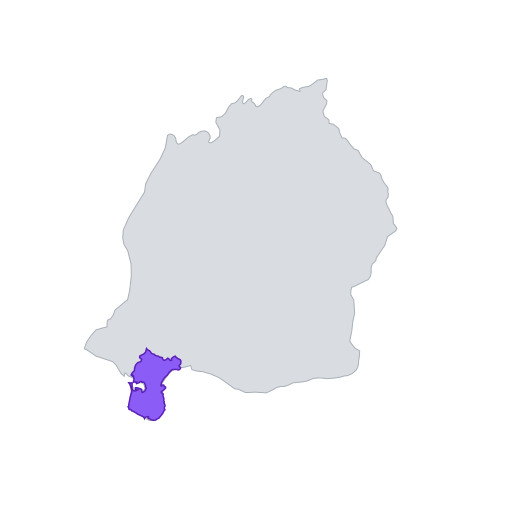 Tulcea highlighted on a map of Romania, rotated 110°
{"feature_id": "ROU-4847", "entity_name": "Tulcea", "entity_type": "County", "adm_level": 1, "iso_a3": "ROU", "parent_name": "Romania", "parent_adm1": "", "projection": "mercator", "projection_center": [28.807, 45.066], "detail": "fine", "context": "in_parent", "style": "filled", "palette": "violet", "viewbox_px": 512, "rotation_deg": 110, "n_neighbors": 0, "source": "natural_earth", "source_scale": "10m", "svg_char_len": 6583}
<svg xmlns="http://www.w3.org/2000/svg" viewBox="0 0 512 512"><g transform="rotate(110 256 256)"><path d="M386.8,288.7L391.1,294.6L396.5,297.8L409.0,301.1L410.1,300.7L410.2,300.1L409.3,299.2L409.2,298.1L409.8,296.7L411.5,296.7L414.4,297.9L419.7,296.1L427.6,291.4L434.9,290.4L441.5,293.2L445.0,296.5L447.1,299.6L446.5,303.4L446.0,305.8L444.3,315.7L443.1,319.3L441.1,323.4L420.6,328.3L421.9,326.0L421.4,321.8L420.5,318.7L422.5,315.9L417.8,314.9L415.8,316.4L414.2,319.1L415.6,325.3L413.4,328.7L412.5,330.7L412.4,335.2L411.1,337.1L410.8,339.2L414.1,338.7L412.6,342.6L406.5,350.0L404.3,354.5L404.8,372.0L402.1,382.5L401.9,385.6L395.3,385.7L393.4,385.4L387.2,383.8L380.2,381.1L376.2,375.7L373.6,371.8L367.7,373.6L366.5,373.1L364.9,371.2L360.5,370.0L355.0,370.0L342.7,362.9L341.3,361.7L331.7,362.9L317.2,366.4L306.2,370.7L294.8,378.4L290.1,384.2L284.8,387.3L277.1,389.6L263.5,388.7L249.3,385.8L234.1,382.6L225.8,384.4L214.7,383.1L197.9,379.3L185.3,378.2L173.0,380.4L170.9,378.7L170.5,376.8L171.0,374.0L172.7,371.8L175.7,370.2L177.3,368.5L177.4,366.7L174.1,364.0L167.2,360.1L164.4,357.7L163.7,357.1L163.5,355.0L162.1,353.3L159.4,352.1L157.3,349.8L155.9,346.6L156.2,343.5L158.3,340.6L160.9,339.4L164.2,339.8L165.5,339.0L165.0,336.9L161.8,334.4L156.0,331.2L150.0,332.9L144.0,339.5L139.6,340.5L137.0,336.1L132.2,333.5L125.4,332.7L121.2,331.0L119.6,328.4L116.6,326.5L110.0,324.4L110.0,322.4L111.0,321.9L113.4,321.7L116.5,321.3L117.0,320.2L117.0,319.1L114.6,317.8L112.1,316.9L110.8,316.0L109.9,315.0L109.8,314.0L110.5,313.3L111.5,313.2L112.5,312.6L113.0,310.2L114.4,308.2L115.4,307.5L115.3,306.0L114.3,304.7L112.9,303.5L110.9,302.8L104.6,300.7L101.5,297.8L99.5,297.7L96.5,296.1L93.1,293.6L90.3,290.0L87.2,287.7L86.4,286.7L86.3,285.8L86.9,284.8L86.9,283.7L86.0,280.2L86.6,276.5L86.4,273.0L86.4,271.4L85.8,270.9L85.3,271.4L84.5,272.1L83.8,272.2L81.5,269.7L78.6,264.4L76.6,262.7L72.8,260.3L69.6,258.3L67.3,253.9L64.9,250.5L66.5,249.1L75.6,247.1L79.9,249.1L81.8,248.4L83.7,246.8L84.7,245.5L84.9,244.2L85.8,242.5L88.9,241.7L97.1,242.7L100.4,240.4L101.6,239.1L102.4,236.3L103.2,234.0L106.2,232.8L106.1,230.7L105.7,228.5L107.4,223.4L108.4,221.3L110.1,220.6L112.1,219.0L115.6,215.6L114.8,212.8L115.5,210.6L119.1,205.4L121.9,200.3L121.8,197.8L122.2,195.6L124.6,193.2L127.2,190.0L130.6,180.1L131.8,178.4L134.0,176.5L135.7,174.7L135.9,168.1L137.4,166.2L140.4,164.1L143.4,160.7L145.8,156.7L147.6,154.8L150.1,154.3L152.7,152.7L155.7,152.1L158.6,152.9L160.5,152.5L163.2,150.5L170.3,143.1L171.3,141.6L172.8,140.5L178.5,138.0L179.9,135.4L181.9,133.1L184.5,133.3L192.8,139.0L201.7,138.6L203.3,138.9L203.8,139.0L204.9,139.4L216.7,142.3L218.6,142.0L219.1,141.7L223.8,144.1L228.1,143.7L232.1,142.1L236.2,141.6L240.0,142.6L243.0,145.8L250.5,152.8L252.7,155.4L256.2,155.0L260.0,153.7L263.9,149.1L275.8,143.8L284.9,142.5L293.8,140.3L304.0,138.8L307.0,134.5L308.6,131.6L309.8,126.1L315.3,124.5L320.6,123.4L322.4,122.7L326.3,122.4L329.2,122.9L333.8,125.6L337.1,129.0L338.3,131.7L341.1,135.5L344.0,140.8L347.2,147.9L347.9,151.5L349.1,155.4L351.4,160.1L356.0,165.3L356.6,166.2L358.7,169.9L362.6,177.9L366.0,181.2L368.9,184.7L370.2,188.2L372.3,191.4L377.2,195.6L381.1,199.5L384.3,210.5L386.5,215.5L387.9,219.4L387.2,227.2L388.1,230.5L386.3,236.6L383.0,248.8L382.3,258.5L382.8,263.7L382.9,267.0L383.7,269.1L384.5,273.5L384.7,277.3L383.5,278.4L381.9,279.3L381.2,280.1L382.7,281.8L384.8,285.0L386.8,288.7Z" fill="#d9dde1" stroke="#a8b0b8" stroke-width="1"/><path d="M387.8,288.6L389.0,289.2L389.8,290.3L389.6,291.5L390.8,294.6L391.6,296.0L392.5,296.6L393.2,296.8L394.6,297.6L398.2,298.5L401.5,300.3L406.9,301.5L408.4,301.3L409.7,301.3L410.2,301.0L410.6,300.5L409.5,300.0L409.2,299.7L409.0,299.3L408.9,298.8L409.0,298.3L410.1,297.8L410.1,296.9L410.1,296.1L411.2,295.8L411.8,296.0L412.9,296.8L413.8,297.0L414.3,297.3L415.0,298.0L415.8,298.5L416.7,298.2L416.9,297.8L417.0,296.7L417.3,296.2L417.6,295.9L417.9,295.8L418.8,295.8L419.4,295.5L421.4,293.8L423.1,293.3L423.8,293.0L424.3,292.4L424.7,292.3L425.7,292.2L425.9,292.0L426.0,291.6L426.4,291.2L427.0,290.7L427.8,290.2L428.5,290.2L429.2,290.3L430.0,290.3L430.4,290.1L430.7,289.9L431.0,289.6L431.3,289.3L431.6,289.0L432.1,289.1L432.5,289.4L432.9,289.5L436.0,289.8L441.6,291.8L443.5,293.6L444.0,293.8L444.9,294.7L445.6,296.6L445.8,298.9L445.2,300.5L445.5,300.9L445.5,301.3L445.4,301.7L445.2,302.1L444.9,302.1L443.8,302.1L443.8,302.5L444.4,303.3L444.9,304.3L445.6,305.1L446.9,305.2L445.9,306.2L445.5,307.8L445.1,312.8L444.9,313.8L444.4,315.4L444.3,316.2L444.2,317.2L444.1,318.0L443.8,318.5L444.1,319.8L443.1,321.3L443.6,322.4L443.3,323.1L443.0,323.3L442.6,323.4L442.2,323.6L441.6,324.5L441.3,324.7L440.5,324.3L440.1,324.4L439.6,324.6L439.3,324.7L431.4,326.0L426.4,326.3L424.9,326.8L420.9,329.6L419.7,330.7L418.6,332.2L418.4,331.8L418.4,330.9L417.9,329.9L417.6,329.0L418.5,328.6L419.5,328.5L421.0,327.7L422.6,327.3L423.5,326.7L424.2,325.7L424.5,324.4L424.2,323.7L423.7,322.9L422.5,321.6L422.7,322.5L422.8,323.0L422.8,323.6L422.2,323.5L421.6,323.9L421.1,324.1L420.6,323.2L420.4,322.2L420.3,318.7L420.7,317.6L422.6,316.9L423.1,316.2L422.7,315.6L421.0,314.4L420.4,314.2L419.2,314.2L417.9,313.8L417.5,313.9L417.4,314.2L417.2,314.7L417.0,315.2L416.6,315.4L415.7,315.5L415.3,315.6L413.8,317.1L413.3,317.7L413.1,318.9L413.2,319.3L413.5,319.5L413.6,319.9L413.6,320.2L413.4,320.4L413.2,320.5L413.2,321.2L413.5,321.6L413.8,321.9L414.7,322.3L416.7,324.4L416.2,324.9L416.0,325.1L415.6,325.1L416.0,325.5L416.1,326.0L415.6,326.3L415.6,326.8L415.9,327.4L416.4,327.9L416.0,328.2L415.5,328.3L413.7,328.4L413.3,328.5L410.9,330.1L410.5,330.4L410.1,331.2L410.0,332.0L410.3,332.3L410.9,331.8L410.7,332.5L410.0,332.7L407.7,332.2L405.3,331.0L402.7,331.8L399.5,331.8L396.6,330.6L394.6,328.1L392.2,328.1L391.4,330.6L389.6,331.0L387.9,329.3L386.1,327.7L384.1,326.9L380.4,327.2L381.1,326.1L381.3,324.9L381.5,323.6L381.9,322.7L383.0,321.3L383.3,320.7L383.3,320.4L383.3,320.2L383.2,317.6L383.4,317.4L383.9,316.8L383.9,315.5L383.5,313.4L383.6,313.0L384.0,312.4L384.1,312.0L384.0,311.7L383.9,311.5L383.8,311.4L383.5,309.4L383.6,309.1L384.2,308.9L384.8,308.3L385.3,307.5L385.4,306.8L385.1,306.0L384.4,305.3L383.6,304.7L382.8,304.4L382.2,304.0L382.4,302.8L383.0,301.6L383.5,300.9L383.4,300.5L383.2,300.2L383.0,299.9L382.7,299.7L381.3,300.3L379.9,299.7L377.7,297.7L378.2,296.9L378.4,296.6L378.6,295.7L379.0,294.9L379.1,294.5L379.2,292.8L379.3,292.3L379.4,291.8L380.0,290.9L380.3,290.7L380.7,290.6L382.5,290.0L382.9,289.9L383.3,289.9L384.0,290.2L385.1,290.7L385.6,290.8L385.8,290.7L386.1,290.2L386.1,289.9L386.3,289.4L386.9,288.8L386.9,288.7L387.8,288.6Z" fill="#8b5cf6" stroke="#5b21b6" stroke-width="1.5"/></g></svg>